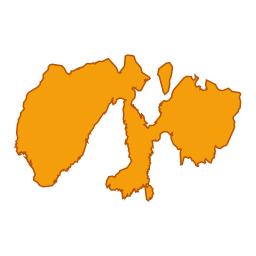 Banggai Kepulauan, Sulawesi Tengah, Indonesia
{"feature_id": "22746128B2571336805106", "entity_name": "Banggai Kepulauan", "entity_type": "district", "adm_level": 2, "iso_a3": "IDN", "parent_name": "Indonesia", "parent_adm1": "Sulawesi Tengah", "projection": "albers", "projection_center": [123.185, -1.399], "detail": "fine", "context": "isolated", "style": "filled", "palette": "amber", "viewbox_px": 256, "rotation_deg": 0, "n_neighbors": 0, "source": "geoboundaries", "source_scale": "gbopen_adm2", "svg_char_len": 5846}
<svg xmlns="http://www.w3.org/2000/svg" viewBox="0 0 256 256"><path d="M127.5,55.2L125.3,56.1L124.5,66.1L120.2,71.7L121.0,72.6L119.8,73.3L118.1,72.3L116.5,67.8L108.3,58.6L102.5,61.4L99.3,61.3L95.2,62.9L96.1,63.0L94.6,64.0L93.6,62.9L91.0,63.8L87.2,63.5L82.7,67.1L79.4,67.8L78.9,68.3L79.4,67.9L80.3,67.7L79.7,68.5L78.0,69.3L77.5,69.1L78.3,68.2L73.2,71.1L71.2,71.0L70.9,73.3L70.2,73.2L69.4,74.7L66.4,72.6L64.4,68.5L61.9,65.8L52.1,64.3L50.0,64.9L48.3,67.1L48.2,69.7L43.3,74.4L43.3,78.1L41.2,81.8L40.3,82.0L40.1,84.5L37.6,87.1L28.3,92.8L26.5,95.8L26.6,97.7L25.4,100.3L23.7,102.5L23.3,106.5L24.3,108.9L20.7,113.0L20.5,115.9L18.3,119.8L18.6,121.7L17.5,124.0L16.6,133.5L17.8,137.7L17.5,139.8L15.9,141.3L16.9,143.5L15.5,144.2L16.3,145.4L15.4,146.8L16.5,146.4L16.5,147.9L17.6,148.0L16.4,150.9L19.0,155.0L20.7,154.3L19.5,153.0L21.5,151.9L22.3,153.1L23.3,152.6L23.4,154.2L24.6,153.5L23.5,152.8L23.7,152.3L25.4,152.2L26.0,155.1L27.1,155.4L27.1,157.4L24.9,157.2L27.4,159.8L28.2,159.6L27.2,160.2L27.5,161.2L30.5,164.5L30.0,163.1L30.4,163.1L30.2,161.1L30.8,160.5L30.8,164.1L31.6,164.2L30.9,165.1L32.1,166.0L30.2,165.4L32.7,168.4L32.8,167.7L35.2,174.5L33.9,177.0L33.7,180.1L37.7,182.6L39.4,185.2L43.4,186.8L51.9,185.7L55.7,182.2L54.9,181.2L54.0,181.6L54.4,180.5L55.1,180.1L56.5,181.3L56.6,179.0L58.4,176.3L57.8,175.5L59.7,175.2L60.2,172.5L62.1,170.4L63.0,169.9L62.9,170.5L63.9,170.8L63.2,170.1L64.0,169.5L65.6,170.9L67.1,170.9L67.1,169.7L68.2,169.6L67.4,168.6L68.7,168.4L69.3,166.3L69.4,167.2L70.4,167.0L71.0,164.3L72.9,164.3L75.1,161.5L77.3,162.0L78.6,157.5L79.2,157.1L79.7,158.6L81.0,156.1L82.6,155.2L86.0,144.8L85.9,139.1L86.8,139.3L86.9,141.7L87.6,142.3L87.1,140.4L88.4,138.0L88.5,134.5L90.2,133.5L89.6,133.1L93.3,128.2L94.4,125.1L97.5,122.4L103.4,113.2L104.5,113.7L104.7,112.5L105.8,112.4L109.1,104.0L110.7,103.0L112.9,97.5L112.4,101.8L113.1,104.5L115.5,103.0L117.0,99.5L118.9,98.3L121.3,98.2L125.9,100.0L123.8,101.7L124.4,104.9L123.0,109.7L123.8,114.5L123.2,119.1L123.6,120.7L125.7,121.1L123.6,121.5L124.2,123.7L126.6,124.3L125.8,125.9L126.8,127.7L125.6,127.7L125.3,128.7L126.8,132.2L126.2,132.4L126.3,134.6L127.9,136.5L126.3,141.8L125.8,139.5L125.2,143.7L125.9,144.4L126.3,142.9L127.8,143.8L128.0,146.9L129.0,148.7L128.4,150.4L129.6,152.9L128.9,156.9L130.2,157.5L131.5,161.5L127.2,167.8L119.8,170.8L119.4,172.2L115.8,175.1L115.0,177.2L112.4,176.2L108.9,176.7L106.8,180.6L106.1,184.3L107.2,187.6L110.1,183.9L109.3,188.0L111.1,190.0L115.5,190.0L116.4,188.6L117.8,189.2L118.2,190.5L119.6,189.3L120.4,191.0L121.7,189.9L122.7,190.4L121.5,191.5L122.4,193.6L123.2,193.4L122.3,194.2L122.7,198.4L125.1,197.1L125.1,198.2L127.3,194.8L127.4,196.1L130.0,196.0L130.9,193.0L131.6,193.6L132.6,191.1L134.0,190.4L133.0,190.3L133.7,189.0L134.4,188.8L134.2,189.9L135.1,188.9L134.2,190.6L134.9,190.1L135.8,192.1L137.2,191.0L138.5,192.3L137.6,189.5L139.5,189.1L140.5,187.7L141.3,188.2L142.7,186.0L142.7,186.9L143.1,186.9L143.4,185.1L145.1,187.1L146.6,199.4L148.4,200.8L149.4,199.2L150.4,199.2L149.8,198.0L150.8,197.8L150.7,198.5L152.0,197.6L152.5,194.4L153.5,193.9L152.4,190.7L152.8,189.1L150.0,185.5L149.0,185.3L146.8,187.4L145.9,185.1L147.1,183.7L148.0,184.6L149.1,180.8L149.1,178.5L147.5,178.4L148.3,176.2L147.5,175.8L147.0,173.6L147.7,173.2L146.9,172.2L147.4,171.1L148.3,172.3L147.8,169.8L148.7,168.8L149.2,169.2L149.3,165.9L150.6,162.9L149.8,162.4L150.2,159.5L148.9,157.8L149.3,156.8L149.5,156.6L149.1,157.7L149.9,158.3L149.7,156.0L151.0,155.5L149.8,154.2L152.4,153.8L153.0,152.4L151.9,152.5L152.3,151.1L151.0,149.3L152.0,147.3L153.0,147.7L152.3,140.6L155.2,140.8L155.5,140.0L156.7,141.1L157.9,140.8L159.9,138.9L160.3,134.1L163.4,131.6L167.3,131.9L170.3,134.7L171.6,134.2L171.6,133.6L172.1,132.8L172.5,132.7L172.4,135.4L171.0,135.8L171.2,138.6L173.4,144.1L176.9,147.2L177.7,149.1L179.0,149.6L180.7,148.7L181.1,149.6L180.3,152.5L180.9,164.8L182.2,164.4L184.0,157.5L185.7,156.8L188.4,158.2L189.5,157.2L190.8,158.0L192.1,160.7L193.2,160.7L195.4,163.7L195.8,165.3L197.7,166.3L198.5,166.1L197.5,163.9L198.9,162.8L201.7,161.8L204.8,163.2L205.6,162.4L204.7,160.6L205.7,158.8L208.6,161.9L211.0,162.9L212.5,158.3L214.0,157.9L214.5,156.7L214.2,154.6L215.1,153.9L214.3,153.4L215.4,151.7L214.7,148.6L215.6,145.9L217.3,147.8L220.2,148.6L224.4,145.7L225.8,145.7L227.1,144.2L234.7,127.0L233.9,124.7L234.8,122.2L233.2,118.7L233.4,116.7L238.2,111.8L238.5,109.7L240.0,108.0L240.6,101.9L239.4,97.1L240.6,94.0L239.6,92.7L232.2,91.5L228.5,88.3L223.1,90.5L219.6,90.3L217.5,88.6L215.4,84.5L206.4,80.0L205.7,85.3L207.4,89.5L206.2,88.3L205.9,90.0L202.8,90.4L200.2,88.3L200.2,88.7L200.1,88.9L199.9,87.7L200.4,86.6L198.8,86.0L196.9,87.1L195.2,85.3L195.4,82.6L198.4,78.4L197.8,77.2L196.5,77.1L195.3,75.4L195.5,78.8L193.6,80.2L191.7,78.5L191.5,76.7L186.8,76.4L183.9,78.0L173.9,89.6L172.0,93.7L171.7,97.0L169.0,100.3L166.0,101.4L164.1,100.6L159.9,104.1L159.7,105.3L162.4,102.5L160.7,104.9L161.2,105.4L159.6,105.7L158.9,107.6L159.8,108.6L159.4,109.4L160.3,109.1L159.4,109.7L159.9,112.0L160.4,112.8L160.8,112.0L161.3,112.5L160.3,116.1L155.3,122.2L156.3,122.1L156.2,123.0L153.5,125.3L149.6,125.5L148.0,128.1L146.6,127.3L146.7,126.2L144.1,124.8L147.2,123.2L144.6,121.1L143.8,116.4L141.6,114.2L141.5,118.1L140.7,118.0L140.5,115.1L139.5,115.7L140.2,114.8L137.7,111.7L137.9,110.0L136.9,110.1L135.0,107.3L134.3,107.9L133.2,104.8L132.4,105.0L133.0,106.8L131.1,105.1L131.8,101.0L134.6,98.1L135.3,94.6L134.8,90.5L133.0,89.6L131.8,88.1L133.0,88.6L133.3,87.3L134.8,88.3L135.5,87.9L135.3,88.6L139.1,90.9L141.0,90.5L146.1,80.8L145.0,81.1L145.1,80.4L144.6,80.3L144.4,79.4L144.7,80.1L145.5,79.4L145.7,80.5L147.3,79.6L147.3,80.4L150.1,78.6L149.3,77.1L142.1,72.5L140.7,67.4L135.7,61.5L134.0,56.5L132.7,55.6L127.5,55.2ZM171.3,75.4L172.5,67.2L169.7,62.7L166.2,63.3L158.9,68.8L157.7,74.6L159.3,76.3L163.3,91.8L164.8,94.4L168.2,91.3L169.7,84.6L169.5,80.3L171.3,75.4Z" fill="#f59e0b" stroke="#b45309" stroke-width="1.5"/></svg>